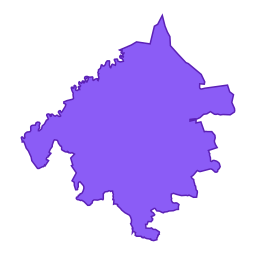 General Canuto A. Neri, Guerrero, Mexico (Robinson projection)
{"feature_id": "50627088B85246056724718", "entity_name": "General Canuto A. Neri", "entity_type": "district", "adm_level": 2, "iso_a3": "MEX", "parent_name": "Mexico", "parent_adm1": "Guerrero", "projection": "robinson", "projection_center": [-100.124, 18.444], "detail": "fine", "context": "isolated", "style": "filled", "palette": "violet", "viewbox_px": 256, "rotation_deg": 0, "n_neighbors": 0, "source": "geoboundaries", "source_scale": "gbopen_adm2", "svg_char_len": 5745}
<svg xmlns="http://www.w3.org/2000/svg" viewBox="0 0 256 256"><path d="M22.1,141.9L22.7,142.0L22.9,141.4L23.4,141.2L24.3,142.6L26.2,148.1L28.4,151.0L31.1,157.0L31.8,160.7L37.5,168.4L38.9,168.5L42.5,166.7L43.4,166.7L44.2,165.9L44.6,165.1L45.1,165.8L48.6,160.6L47.6,159.9L46.4,159.7L46.3,158.8L46.8,157.5L48.5,156.7L48.4,155.6L48.9,155.7L49.5,155.2L49.8,154.3L50.4,154.1L50.9,153.3L49.2,152.5L49.1,152.1L50.3,149.3L52.2,146.6L52.3,144.9L53.6,141.1L54.4,139.8L56.9,140.2L57.6,140.7L58.5,143.3L60.4,146.0L60.8,145.9L61.6,147.0L61.6,149.4L61.9,149.9L63.2,150.7L63.8,150.7L64.1,151.3L65.6,151.9L66.5,152.0L67.2,151.5L67.5,152.1L68.2,151.9L68.6,152.7L70.8,153.1L72.0,152.6L74.5,154.1L70.7,158.1L72.8,165.0L71.4,165.7L76.3,172.9L72.0,180.8L74.2,182.3L74.3,185.4L75.7,189.8L77.1,189.8L77.6,189.4L77.5,188.2L78.3,186.8L78.2,183.7L78.7,182.3L80.0,181.7L83.4,185.6L83.8,186.8L83.9,188.2L83.2,190.8L82.2,192.8L81.1,193.7L80.3,193.7L79.5,195.1L78.4,195.3L78.1,196.7L76.5,197.3L76.3,198.6L77.0,199.4L78.1,199.8L78.9,199.7L80.4,200.5L81.9,200.3L84.2,201.8L87.7,205.3L89.3,205.3L90.7,204.6L91.1,203.6L91.9,203.3L92.3,202.6L92.3,201.6L92.9,200.7L94.1,199.9L97.7,200.1L101.1,199.1L102.9,199.7L103.3,199.1L103.3,193.7L103.6,193.6L104.3,192.6L105.2,191.8L107.7,191.5L108.9,190.7L109.9,190.9L110.7,191.5L111.7,191.0L112.6,191.1L112.8,192.9L113.4,194.4L112.9,196.1L113.4,196.9L112.8,199.6L113.7,199.6L113.9,200.6L113.6,204.2L114.4,203.9L117.0,204.2L117.7,204.7L117.4,205.6L120.7,208.7L121.5,209.9L124.9,212.7L129.3,215.1L130.3,216.4L131.5,219.8L131.3,222.9L130.6,223.7L132.5,227.3L132.2,228.6L132.8,228.5L132.4,232.8L133.4,231.4L133.9,231.4L135.6,232.8L135.2,233.3L135.4,234.8L135.2,235.2L135.9,235.6L136.3,236.2L141.0,236.3L141.7,236.6L141.6,237.1L142.2,237.6L143.4,237.8L144.1,237.1L144.6,237.7L146.8,238.6L148.8,238.8L150.3,239.3L150.7,239.0L151.2,240.1L153.7,240.6L156.9,239.7L156.9,238.0L157.8,236.5L157.8,235.3L158.3,235.3L158.6,234.5L159.3,234.2L159.1,233.3L159.4,232.4L159.3,231.9L155.5,229.4L153.3,229.4L151.5,227.9L150.0,228.3L146.0,228.1L145.6,224.4L147.0,224.5L148.2,221.5L151.2,221.7L152.7,219.8L152.3,219.1L152.6,218.8L152.2,218.5L151.4,216.5L153.9,215.6L154.7,214.8L153.5,213.0L151.3,211.5L150.9,210.4L154.2,208.4L155.1,208.5L156.8,210.9L159.5,211.1L162.5,212.6L163.6,212.8L164.1,212.1L167.3,211.7L168.9,211.0L173.4,210.7L176.4,209.5L178.4,209.4L178.4,206.5L179.0,204.5L177.1,203.1L175.9,202.8L174.8,203.1L172.8,202.7L171.7,201.2L171.3,199.7L171.7,198.7L171.2,197.0L171.3,194.1L173.5,193.3L176.3,194.3L181.5,195.6L186.1,195.3L187.8,195.7L189.0,195.1L193.5,197.3L196.6,197.2L197.4,192.1L197.2,190.9L196.2,189.9L196.0,189.3L195.6,186.1L194.8,185.3L194.7,184.2L193.8,181.0L193.7,179.5L192.2,178.5L191.2,176.8L193.4,175.1L197.3,170.5L199.4,171.5L200.5,171.5L210.0,169.0L211.1,169.0L212.3,169.5L215.1,172.1L216.8,172.1L217.6,171.4L217.9,169.8L219.2,168.6L220.2,166.7L219.3,163.5L218.6,162.6L216.7,161.2L214.1,160.4L213.1,160.4L211.6,161.5L210.6,161.1L210.4,157.6L209.5,154.9L209.8,153.7L209.0,152.5L209.0,151.7L208.4,150.5L217.2,147.6L215.5,144.7L214.5,142.1L214.4,140.8L215.2,137.9L214.9,135.3L211.8,131.6L207.4,131.6L205.8,131.4L204.3,131.7L200.9,121.9L196.0,122.9L196.1,119.6L190.0,121.1L190.0,119.4L195.1,118.8L197.2,118.9L200.0,117.6L203.6,114.3L206.9,113.8L210.4,111.6L214.4,114.2L216.1,114.4L217.6,114.0L220.3,114.9L222.9,114.5L230.2,114.8L234.4,112.0L234.7,110.6L234.5,108.5L231.8,102.4L233.5,94.7L229.7,91.8L227.5,85.1L205.0,88.2L201.2,89.1L200.0,88.5L199.6,87.3L199.7,83.8L204.3,84.2L204.5,83.8L204.3,83.2L204.7,82.3L204.7,81.8L201.2,74.4L188.3,63.6L185.9,62.6L178.2,54.4L170.4,45.7L169.9,36.6L167.4,32.1L165.0,26.1L162.3,15.4L157.7,24.3L154.4,26.2L150.1,43.9L136.5,41.9L131.3,45.0L119.5,50.0L120.5,50.6L122.0,50.3L122.0,51.7L121.1,52.4L121.2,53.0L122.0,53.4L123.9,53.0L123.8,53.6L122.3,55.2L123.4,56.4L123.3,57.0L121.4,56.6L120.6,55.3L120.1,55.7L119.7,56.8L120.1,57.9L122.4,58.9L123.2,60.3L123.4,61.3L120.4,61.9L119.6,61.7L117.9,61.1L117.6,59.5L117.1,59.0L114.5,59.3L114.3,59.7L114.4,60.2L115.5,62.3L115.5,64.9L115.3,65.3L112.4,64.2L111.9,64.6L110.7,67.7L110.2,67.4L109.4,65.1L109.6,61.5L109.4,60.9L107.6,60.8L106.9,61.1L105.8,62.7L105.5,64.1L104.9,65.1L104.1,65.9L103.1,66.1L101.9,64.8L101.3,65.0L100.4,68.4L98.5,69.8L98.4,71.2L97.9,72.4L98.1,73.4L98.8,73.8L98.1,74.8L98.8,77.2L98.7,79.0L98.1,80.6L97.7,80.3L97.4,78.7L97.0,78.6L95.2,79.1L93.7,80.3L93.3,80.4L92.9,79.9L92.8,77.3L92.4,76.9L89.6,77.2L87.1,76.4L85.8,76.5L84.9,77.0L84.6,77.9L84.6,78.5L85.3,79.7L87.1,77.8L88.1,77.9L88.3,78.3L88.3,78.9L87.0,81.9L86.6,81.9L85.7,80.2L84.6,81.3L84.6,82.5L83.9,82.9L83.4,82.6L83.2,81.0L82.8,80.9L82.2,81.4L81.6,83.2L81.0,83.1L79.4,81.8L78.9,82.2L78.8,83.3L79.2,84.7L80.4,85.4L80.6,85.9L79.9,86.9L78.7,86.6L78.2,87.0L78.4,87.6L79.7,89.0L79.7,89.5L78.6,89.3L77.7,90.3L77.2,90.5L75.9,90.2L75.6,89.4L76.2,87.7L75.8,86.2L75.0,85.5L74.5,85.4L74.1,85.8L73.8,88.0L72.9,88.1L72.1,87.1L71.4,87.4L71.3,88.2L72.0,90.7L73.2,93.2L73.0,94.7L73.5,98.3L72.7,99.2L67.0,100.6L63.8,101.9L63.9,103.4L65.6,104.1L65.8,104.4L65.4,106.2L62.3,111.4L61.4,112.4L60.8,111.9L60.3,110.7L59.9,110.6L59.0,111.0L58.5,111.6L58.4,112.3L60.7,115.9L60.1,116.4L58.7,116.4L58.0,115.9L57.7,115.4L56.8,115.2L55.1,116.2L53.6,115.4L52.6,114.3L52.0,114.1L51.0,114.4L51.3,116.0L50.7,116.4L50.1,115.9L49.5,114.3L48.3,113.9L47.2,114.2L46.8,114.6L46.7,115.3L48.3,118.9L47.6,119.7L46.5,120.1L44.4,124.1L42.2,126.0L41.6,128.8L39.3,130.8L38.4,130.7L38.5,129.4L39.6,127.8L39.2,125.6L40.0,123.3L39.2,122.3L37.4,122.1L36.1,122.8L35.3,125.1L32.6,125.3L31.4,125.7L30.7,126.8L30.8,130.5L30.3,131.4L29.7,131.8L27.2,132.0L25.7,133.0L24.8,134.1L24.6,135.6L24.9,137.6L24.5,138.4L23.7,138.4L22.7,137.1L22.0,136.9L21.6,137.1L21.3,137.8L22.3,141.3L22.1,141.9Z" fill="#8b5cf6" stroke="#5b21b6" stroke-width="1.5"/></svg>